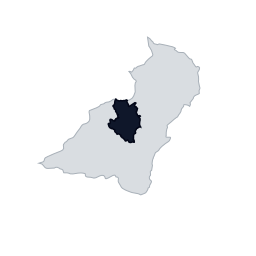 location of Ouaka within Central African Republic, rotated 145°
{"feature_id": "CAF-809", "entity_name": "Ouaka", "entity_type": "Prefecture", "adm_level": 1, "iso_a3": "CAF", "parent_name": "Central African Republic", "parent_adm1": "", "projection": "mercator", "projection_center": [20.78, 6.114], "detail": "fine", "context": "in_parent", "style": "filled", "palette": "ink", "viewbox_px": 256, "rotation_deg": 145, "n_neighbors": 0, "source": "natural_earth", "source_scale": "10m", "svg_char_len": 8114}
<svg xmlns="http://www.w3.org/2000/svg" viewBox="0 0 256 256"><g transform="rotate(145 128 128)"><path d="M173.0,98.4L175.1,99.0L175.5,99.6L174.9,101.8L175.3,103.1L176.5,104.2L177.7,104.7L178.9,105.0L182.9,105.7L184.6,106.5L186.8,109.0L189.6,111.3L190.3,112.5L190.1,113.6L189.3,114.9L189.4,115.4L190.7,116.8L192.2,118.1L194.8,119.7L199.5,122.0L201.6,123.6L202.3,124.8L203.5,126.1L205.2,127.3L206.3,128.2L205.5,130.9L205.7,131.7L206.2,132.5L207.1,133.5L207.5,134.8L208.5,136.4L209.6,137.2L211.5,137.5L212.5,138.2L214.6,139.5L216.6,140.7L217.5,141.4L218.1,142.1L218.5,142.9L218.7,143.8L218.8,145.5L219.1,147.7L220.2,149.2L221.2,150.3L217.1,149.0L216.5,149.0L215.7,149.2L213.6,150.8L212.9,151.0L210.2,150.7L203.6,149.4L198.5,148.2L197.0,147.8L194.2,147.4L192.4,148.2L190.8,151.0L190.3,151.5L187.6,152.4L186.4,152.1L183.3,152.9L178.6,151.7L176.9,152.0L175.6,152.5L172.2,153.8L170.1,154.5L167.7,155.2L165.5,156.2L163.9,156.7L162.4,156.7L161.1,156.2L159.6,155.7L157.8,155.6L156.0,155.9L154.4,157.0L153.8,157.8L152.4,159.9L150.8,163.3L150.2,164.0L149.6,164.4L142.2,162.6L139.1,162.2L136.9,162.8L134.2,161.8L133.0,161.6L132.5,161.9L131.0,161.5L128.6,160.3L126.2,159.9L124.1,160.0L122.8,159.6L121.8,158.5L120.5,156.4L118.1,154.3L114.8,152.7L112.8,151.4L112.0,150.6L110.3,150.1L107.6,150.0L105.1,150.9L101.4,153.4L98.0,158.8L96.1,160.8L94.6,161.3L94.2,162.6L95.0,164.6L95.2,167.0L94.6,170.9L94.8,173.8L94.0,173.4L93.2,172.0L92.9,171.7L90.6,172.3L89.5,172.9L88.8,173.4L88.4,173.5L87.7,172.8L87.1,172.6L86.2,172.8L85.3,172.8L84.7,172.7L84.3,172.7L83.3,172.3L79.4,171.2L78.8,170.8L78.0,170.8L76.0,171.8L74.9,172.1L71.7,172.7L68.3,173.0L67.0,173.0L66.1,173.4L65.5,174.0L64.4,177.7L64.2,178.3L64.2,179.3L63.9,182.2L64.0,183.1L59.9,191.2L59.3,189.9L58.8,188.3L58.7,186.5L58.8,186.0L58.5,185.5L58.2,184.0L58.5,183.0L58.2,182.0L57.4,181.0L56.7,180.3L56.3,179.6L55.9,179.3L55.1,179.2L54.1,178.9L49.5,174.1L44.8,168.8L43.8,167.1L43.4,166.1L44.6,166.0L44.9,165.8L44.9,165.3L44.2,163.9L43.8,162.2L43.3,161.1L41.4,159.5L39.6,158.3L39.1,157.6L38.7,156.7L38.1,150.9L37.8,149.3L37.2,148.6L36.8,148.2L36.6,147.8L36.7,146.8L37.0,145.9L36.9,145.5L37.4,144.7L37.4,139.4L36.9,138.7L35.8,138.6L35.2,137.9L34.8,136.9L34.9,136.2L35.9,135.1L36.6,134.7L38.6,133.8L39.2,133.4L39.5,132.9L39.8,132.1L40.9,129.4L42.7,126.7L43.4,126.1L45.2,122.0L45.6,121.0L45.9,120.0L46.5,119.1L48.4,117.8L49.8,115.4L51.4,115.5L53.0,115.9L55.1,116.1L56.7,115.6L57.7,114.7L62.8,113.1L63.1,111.8L63.9,111.1L64.8,110.5L65.1,110.4L65.2,110.9L65.8,112.2L66.9,113.5L68.6,115.0L69.1,114.9L70.1,113.8L72.7,113.1L73.4,112.8L75.2,111.2L77.5,110.1L78.8,109.8L81.0,108.7L82.6,108.8L85.2,108.7L89.5,108.2L92.6,108.0L94.2,107.8L94.6,107.6L95.2,106.0L95.6,105.6L96.8,104.9L99.1,102.6L100.6,100.6L101.0,99.9L101.4,99.8L102.0,98.9L101.4,98.1L98.8,96.3L98.8,96.1L98.7,95.8L98.8,95.5L99.8,94.8L101.1,94.0L102.5,93.7L106.2,93.8L109.3,93.6L110.0,93.6L112.5,93.2L114.1,92.8L115.9,92.0L119.7,92.1L123.0,89.9L123.9,89.5L124.3,89.2L124.4,88.9L125.9,88.0L127.6,86.3L129.0,84.7L129.3,83.5L133.0,79.7L134.3,79.8L134.9,79.3L136.3,76.8L136.8,76.3L138.3,75.9L139.0,75.1L139.6,74.0L139.6,72.6L139.3,71.5L139.3,71.0L139.7,70.5L140.3,70.0L143.1,68.6L143.8,67.9L144.2,67.3L145.0,67.2L145.8,67.3L146.4,66.9L147.0,66.3L148.9,65.4L150.7,64.8L152.5,65.1L155.9,65.9L156.9,67.7L157.4,68.4L161.6,72.7L162.4,73.7L164.5,76.8L165.8,78.9L167.2,81.9L167.4,83.6L167.2,85.0L166.9,89.0L166.5,90.1L164.7,92.3L164.6,93.2L165.0,94.0L165.5,94.4L165.9,94.8L165.7,96.6L166.3,97.3L167.7,97.8L171.2,98.2L173.0,98.4Z" fill="#d9dde1" stroke="#a8b0b8" stroke-width="1"/><path d="M121.4,158.7L121.2,158.4L121.2,158.1L121.4,157.8L121.5,157.6L121.4,157.3L121.1,157.0L120.9,156.8L120.6,156.6L120.2,155.9L119.9,155.4L119.7,155.2L119.4,155.1L119.2,155.0L118.5,154.8L118.2,154.7L117.9,154.4L117.3,153.6L117.0,153.5L116.1,153.1L115.6,152.8L115.3,152.5L114.9,152.2L113.6,152.0L113.2,151.9L113.1,151.7L113.0,151.4L112.8,151.0L113.1,150.8L113.2,150.7L113.4,150.6L113.6,150.4L113.9,150.0L114.1,149.0L114.1,148.5L114.1,148.3L114.2,148.1L114.2,147.1L114.3,146.9L114.3,146.7L114.5,146.5L114.6,146.1L114.9,145.8L114.9,145.7L115.0,145.6L115.0,145.4L115.0,145.2L114.8,145.0L114.0,144.9L107.9,144.8L107.7,144.7L107.5,144.4L107.4,144.3L107.3,144.2L107.2,144.1L107.3,143.8L107.5,143.7L108.3,143.6L108.5,143.5L109.8,142.4L110.0,142.1L110.0,141.8L110.0,141.4L110.0,141.2L109.9,141.0L109.3,140.9L109.2,140.8L109.2,140.7L109.3,140.5L109.4,140.4L109.4,140.1L109.0,138.8L109.0,138.6L109.2,138.4L110.4,137.4L110.6,137.2L110.8,136.9L111.0,136.8L111.5,136.9L111.8,136.8L112.0,136.4L112.2,136.1L112.3,135.9L112.5,135.7L112.4,135.3L112.4,135.2L112.7,134.8L112.8,134.7L112.6,134.2L112.6,133.8L112.9,133.1L113.0,132.8L112.9,132.5L112.7,132.2L112.4,132.0L112.2,131.9L111.7,131.7L111.4,131.5L111.3,131.4L111.2,131.2L111.1,130.9L111.1,130.6L111.6,130.5L112.1,130.5L112.4,130.7L112.8,130.9L112.9,131.0L113.0,131.0L113.0,130.9L113.1,130.6L112.8,129.0L112.8,128.7L113.0,128.4L113.7,127.4L113.8,127.3L114.3,126.9L115.0,126.2L115.3,126.0L115.4,125.8L115.5,125.5L115.7,125.3L116.1,124.9L116.3,124.7L116.4,124.4L116.8,123.4L117.0,122.9L116.9,122.1L117.1,121.6L117.2,121.8L117.5,122.0L117.8,122.0L118.0,122.1L118.1,122.3L118.3,122.5L118.6,122.5L119.0,122.5L119.3,122.4L119.6,122.6L119.8,122.7L120.0,122.5L120.2,122.4L120.3,122.5L120.9,122.5L121.0,122.6L121.5,122.6L121.8,122.3L122.2,122.0L122.3,121.9L122.7,122.0L123.0,121.9L123.9,121.2L124.1,121.0L124.1,120.7L124.5,119.7L124.9,119.4L125.4,119.4L125.5,119.4L125.8,119.6L126.0,119.6L126.3,119.6L127.4,119.0L127.6,118.9L128.3,118.0L128.5,117.7L129.5,116.3L129.6,116.2L130.2,115.7L130.3,115.6L130.3,115.4L130.0,114.9L130.0,114.7L130.1,114.3L130.2,114.2L130.4,114.1L130.5,113.9L130.6,113.4L130.7,113.2L130.8,113.0L131.1,112.8L131.7,113.3L132.1,113.8L132.4,114.0L132.7,114.2L133.7,114.4L134.0,114.5L134.4,114.8L134.7,115.1L134.9,115.3L135.1,115.5L135.2,115.8L135.3,116.1L135.3,116.3L135.1,117.9L135.1,118.1L135.3,118.3L135.4,118.5L135.6,118.5L136.4,118.6L136.5,118.6L136.8,118.5L137.0,118.5L137.3,118.7L137.5,118.8L137.6,119.0L137.5,120.4L137.9,122.9L138.0,123.1L138.3,123.3L138.3,124.0L138.6,124.7L138.6,124.8L138.5,125.0L138.4,125.0L138.4,125.4L138.5,125.5L138.4,125.7L138.4,125.8L138.1,126.0L138.0,126.3L138.1,126.5L138.7,127.8L138.8,128.1L138.9,128.3L139.0,128.4L139.1,128.5L139.2,128.8L139.3,128.9L139.5,128.9L140.0,128.9L140.1,129.0L140.3,129.1L140.5,129.3L140.6,129.6L140.4,130.2L140.4,130.3L140.5,131.0L140.8,132.2L140.8,132.5L140.7,132.8L140.6,133.1L140.0,133.9L139.9,134.1L139.9,134.3L140.0,134.5L140.4,134.8L140.6,135.0L140.8,135.7L140.9,135.9L141.0,136.2L141.0,136.6L141.1,136.8L141.3,136.8L141.5,136.8L141.8,136.9L141.9,137.0L142.0,137.1L142.3,138.0L142.7,138.7L142.7,139.0L142.7,140.1L142.5,140.9L142.2,141.5L142.2,142.0L142.0,142.3L141.7,142.6L141.5,142.9L141.4,142.9L141.2,142.8L140.7,142.4L140.5,142.2L140.3,142.1L140.1,142.1L139.5,142.6L138.9,143.2L138.7,144.0L138.3,144.8L137.9,145.1L137.6,145.2L137.4,145.2L137.0,144.7L136.6,144.5L136.5,144.2L136.2,143.6L136.1,143.4L136.2,143.2L136.2,142.9L135.9,142.5L135.7,142.2L135.4,141.9L135.1,141.7L134.9,141.4L134.7,141.6L134.5,141.8L134.4,141.9L134.1,141.6L133.9,141.6L133.5,142.1L133.4,142.1L132.9,142.4L132.8,142.5L132.5,142.5L132.4,142.5L131.9,142.2L131.7,142.2L131.7,142.3L131.4,142.4L131.1,142.4L130.9,142.4L130.6,141.9L130.4,141.7L130.2,141.6L129.9,141.5L129.7,141.6L129.6,141.8L129.7,142.0L129.8,142.1L130.0,142.3L130.0,142.5L129.9,142.7L129.9,142.8L129.6,143.1L129.5,143.3L129.6,143.7L129.6,143.8L129.5,144.0L129.4,144.0L128.6,144.2L128.4,144.3L128.3,144.5L128.5,144.6L128.7,144.8L128.8,144.8L128.9,145.0L128.9,145.3L129.0,145.7L129.0,145.8L128.7,146.1L128.6,146.4L128.6,147.3L128.6,148.5L128.5,148.8L128.4,149.1L128.0,149.5L127.9,149.7L127.8,149.9L127.8,150.1L127.8,150.3L127.9,150.5L128.2,151.2L128.3,151.4L128.3,151.6L128.2,151.9L127.8,152.3L127.7,152.6L127.7,152.8L127.7,153.0L127.8,153.8L127.8,154.1L127.8,154.3L127.7,154.6L127.5,154.8L127.3,154.9L127.1,154.9L126.9,154.9L126.6,154.8L126.4,154.8L126.2,154.9L125.7,155.2L125.1,155.5L124.9,155.7L123.8,157.0L123.0,157.8L122.7,158.0L121.4,158.7Z" fill="#0f172a" stroke="#020617" stroke-width="1.5"/></g></svg>